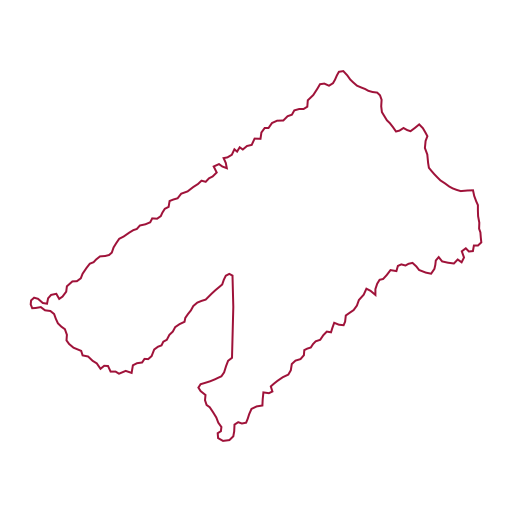 the district of Campo Azul, Minas Gerais, Brazil
{"feature_id": "56859067B68712405721437", "entity_name": "Campo Azul", "entity_type": "district", "adm_level": 2, "iso_a3": "BRA", "parent_name": "Brazil", "parent_adm1": "Minas Gerais", "projection": "natural_earth1", "projection_center": [-44.775, -16.516], "detail": "fine", "context": "isolated", "style": "outline", "palette": "rose", "viewbox_px": 512, "rotation_deg": 0, "n_neighbors": 0, "source": "geoboundaries", "source_scale": "gbopen_adm2", "svg_char_len": 3819}
<svg xmlns="http://www.w3.org/2000/svg" viewBox="0 0 512 512"><path d="M343.3,71.1L338.9,71.8L336.9,75.4L335.0,79.7L333.0,83.2L329.0,85.7L324.3,83.6L320.0,84.2L317.5,88.5L313.3,95.0L307.8,100.3L307.3,106.7L303.6,109.0L299.2,109.0L294.3,110.4L291.9,114.7L287.6,116.2L283.3,120.5L277.1,120.7L272.0,123.0L268.5,128.0L264.7,128.0L261.4,132.5L260.5,138.8L254.6,138.6L251.7,144.9L247.0,146.0L242.8,149.5L239.7,147.3L237.1,151.6L234.4,149.3L231.8,154.8L227.4,157.4L223.6,158.1L225.8,163.0L226.8,168.2L222.3,166.5L219.0,164.1L213.7,166.5L216.7,172.5L212.6,176.5L209.0,178.3L205.7,181.8L201.5,180.7L198.0,184.0L193.3,187.0L187.6,191.4L181.2,193.7L177.6,198.3L173.4,199.5L169.6,201.0L168.6,206.9L164.8,208.8L162.4,212.6L160.8,216.1L157.1,218.7L152.2,218.4L150.2,222.3L145.4,224.3L139.9,225.5L136.8,229.0L133.4,230.1L129.3,232.6L123.7,236.5L119.2,238.8L116.4,242.9L113.6,247.4L111.8,252.6L109.1,255.0L105.2,256.0L100.0,256.4L96.1,259.5L93.6,262.2L89.8,263.7L86.6,267.8L82.6,273.7L80.8,278.3L76.9,281.2L72.4,281.4L69.6,283.9L66.9,286.3L66.2,291.7L62.5,296.6L59.2,298.9L56.3,293.8L51.1,294.9L48.1,298.3L47.0,303.7L42.8,303.0L38.0,298.8L34.1,297.7L31.1,300.4L30.7,304.4L32.2,308.2L35.6,308.0L40.8,307.1L45.0,310.3L50.4,311.0L54.1,314.0L55.8,318.7L57.9,323.3L61.3,326.6L64.9,329.2L66.9,334.8L66.5,340.4L69.1,344.0L73.5,347.7L78.1,349.6L81.2,350.9L82.6,355.4L88.1,356.5L92.6,360.8L96.8,363.4L100.5,368.8L104.2,365.8L108.0,366.0L110.6,371.6L115.6,371.6L119.0,373.7L125.7,370.9L131.6,372.9L132.9,365.3L137.0,363.2L142.1,362.5L144.5,358.9L148.2,359.1L151.6,356.1L154.2,349.5L158.0,346.7L161.5,345.4L163.3,341.7L166.8,339.8L169.4,334.8L172.8,331.6L175.2,327.1L179.6,324.1L184.5,321.8L185.3,317.9L188.0,314.0L190.9,310.4L193.3,306.0L197.3,302.6L201.5,300.9L205.7,299.6L208.5,296.8L211.7,293.6L215.4,290.2L219.0,287.2L222.2,284.5L223.8,279.8L225.8,275.7L229.3,273.9L232.5,275.6L233.3,307.0L232.0,357.8L228.1,360.8L226.1,366.0L224.1,372.4L221.4,376.3L218.1,377.8L215.0,379.3L210.1,381.3L205.0,382.9L200.6,384.2L198.4,387.6L200.6,391.1L205.5,395.0L205.0,400.2L206.6,405.0L209.7,407.2L213.1,412.3L216.3,417.5L218.3,422.7L221.4,427.0L220.9,431.2L217.7,433.2L218.1,438.1L223.0,440.9L229.4,440.1L233.3,436.3L234.2,431.3L234.5,424.6L238.2,422.2L241.9,423.5L246.1,422.7L247.7,418.8L249.2,414.1L251.5,408.9L256.7,406.4L262.4,405.5L262.7,399.3L263.4,392.4L268.9,393.2L272.4,391.5L270.8,386.4L274.0,383.6L277.4,380.9L282.8,377.2L288.3,374.6L290.8,370.3L291.8,364.0L295.5,360.6L300.5,359.1L303.9,355.2L304.3,350.1L307.3,348.6L310.8,347.5L313.0,344.1L315.7,341.3L320.2,339.8L323.3,335.2L326.8,331.6L331.0,332.3L332.3,328.1L334.2,322.8L338.9,324.7L343.6,325.2L345.1,321.7L345.8,315.5L349.5,312.9L353.6,310.1L356.9,305.6L358.9,300.0L363.7,294.7L366.4,288.7L370.5,290.8L375.4,294.9L375.4,289.1L377.2,283.7L379.6,279.8L383.1,279.0L386.7,275.1L390.5,270.1L396.4,271.1L397.9,265.9L401.3,264.4L405.5,265.5L408.5,263.8L412.5,262.9L416.3,266.4L419.1,270.0L425.8,272.6L431.1,273.7L434.4,268.9L435.3,264.9L435.8,260.5L438.7,257.1L442.1,261.4L447.9,262.7L453.9,263.5L457.7,259.5L461.6,262.3L464.0,257.5L461.8,251.3L465.8,248.3L468.9,251.5L472.9,251.1L473.9,245.5L478.0,245.5L481.3,242.4L480.8,237.6L480.4,232.4L479.1,228.7L479.3,222.7L478.1,216.2L477.9,210.7L477.9,205.1L476.2,201.3L474.2,195.9L473.0,190.3L467.5,190.5L460.7,191.1L456.7,189.9L452.7,188.4L449.2,186.5L445.0,183.4L440.4,180.4L437.0,177.0L434.3,174.2L431.6,171.1L428.9,167.8L428.1,162.9L427.3,154.5L424.9,148.0L425.6,140.9L427.4,136.2L425.4,132.5L422.9,128.2L419.2,124.4L414.8,128.0L410.5,131.2L407.2,130.1L403.5,128.0L399.5,130.6L396.0,131.5L393.0,127.2L389.8,123.1L386.9,120.3L384.7,116.7L381.9,112.1L381.2,106.3L381.6,99.8L380.0,95.3L377.2,92.6L372.5,92.0L368.3,90.8L365.1,89.0L361.5,87.6L357.0,85.7L353.1,82.3L350.2,79.5L347.3,75.4L343.3,71.1Z" fill="none" stroke="#9f1239" stroke-width="2"/></svg>